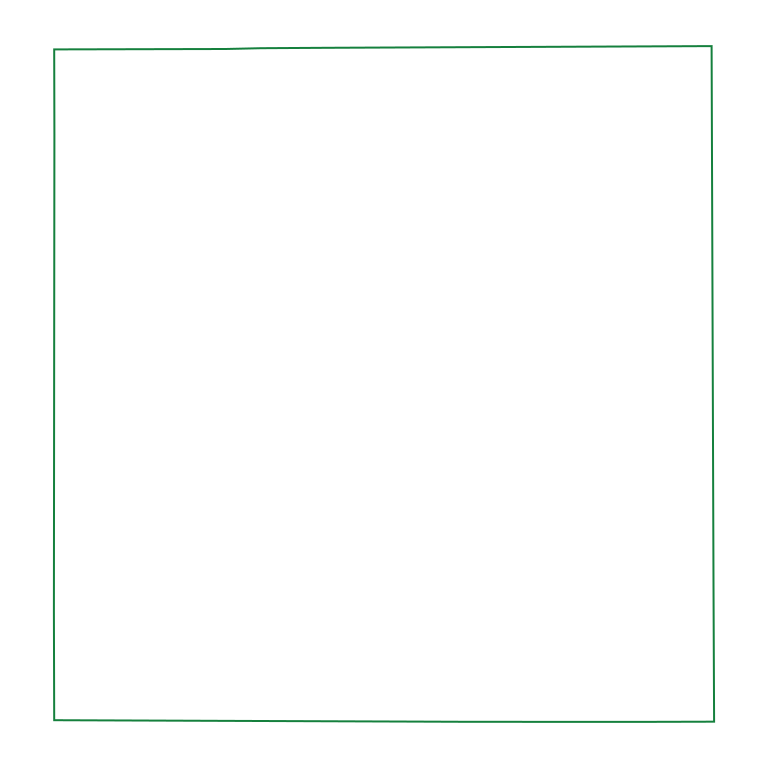 Leake, Mississippi, United States of America
{"feature_id": "52423323B43754399816629", "entity_name": "Leake", "entity_type": "district", "adm_level": 2, "iso_a3": "USA", "parent_name": "United States of America", "parent_adm1": "Mississippi", "projection": "mercator", "projection_center": [-89.51, 32.754], "detail": "fine", "context": "isolated", "style": "outline", "palette": "green", "viewbox_px": 768, "rotation_deg": 0, "n_neighbors": 0, "source": "geoboundaries", "source_scale": "gbopen_adm2", "svg_char_len": 286}
<svg xmlns="http://www.w3.org/2000/svg" viewBox="0 0 768 768"><path d="M714.1,721.7L713.5,583.5L711.6,46.1L327.0,47.8L261.0,48.2L225.7,49.0L54.2,49.4L54.4,134.8L53.9,612.0L54.2,720.2L466.9,721.8L632.7,721.9L706.1,721.7L714.1,721.7Z" fill="none" stroke="#15803d" stroke-width="2"/></svg>